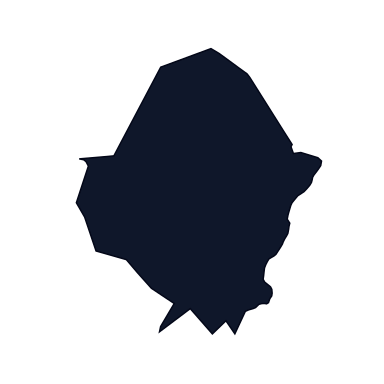 Nova Santa Rita, Piauí, Brazil (Natural Earth projection), rotated 195°
{"feature_id": "56859067B4327076074901", "entity_name": "Nova Santa Rita", "entity_type": "district", "adm_level": 2, "iso_a3": "BRA", "parent_name": "Brazil", "parent_adm1": "Piauí", "projection": "natural_earth1", "projection_center": [-42.096, -8.116], "detail": "fine", "context": "isolated", "style": "filled", "palette": "ink", "viewbox_px": 384, "rotation_deg": 195, "n_neighbors": 0, "source": "geoboundaries", "source_scale": "gbopen_adm2", "svg_char_len": 1180}
<svg xmlns="http://www.w3.org/2000/svg" viewBox="0 0 384 384"><g transform="rotate(195 192 192)"><path d="M187.2,48.6L163.5,78.9L135.6,60.2L125.9,76.4L113.9,66.1L109.6,90.5L106.8,92.8L102.8,95.2L100.7,96.8L98.3,100.8L95.7,102.3L93.0,103.1L91.0,103.3L89.5,104.9L89.2,109.1L88.1,112.2L88.4,115.0L89.7,118.6L91.6,120.7L98.5,123.8L100.7,126.1L101.1,129.4L101.8,133.8L102.3,137.5L101.9,141.1L101.2,144.4L100.4,147.2L98.9,148.8L96.3,151.4L94.8,153.5L93.9,156.3L92.2,161.5L91.2,165.1L91.0,167.4L90.3,170.8L89.3,174.1L88.7,176.8L89.0,180.9L89.4,183.8L89.5,187.2L93.0,190.4L93.3,194.5L93.3,197.6L93.1,204.6L92.6,207.5L91.5,210.0L88.9,215.7L85.5,219.5L83.9,221.3L82.0,224.8L80.0,229.0L79.1,232.1L79.1,234.9L79.3,237.4L78.7,239.8L76.8,244.4L75.8,247.0L74.5,250.8L74.9,255.4L79.3,257.7L97.1,258.3L104.0,255.4L108.1,261.3L107.6,263.8L119.7,274.9L165.7,317.5L169.3,320.3L180.8,324.7L201.6,332.8L210.8,335.4L254.5,304.5L256.1,297.5L274.4,217.3L276.8,206.7L283.2,204.3L309.5,194.8L304.9,195.1L302.2,193.9L298.8,190.2L300.9,151.7L289.2,140.0L269.4,110.2L262.4,110.1L237.9,109.7L223.7,99.9L206.3,88.5L180.3,79.7L187.5,53.9L187.2,48.6Z" fill="#0f172a" stroke="#020617" stroke-width="1.5"/></g></svg>